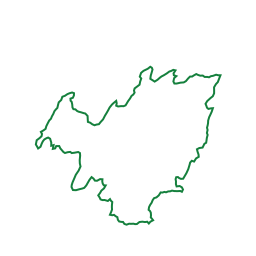 Arataca, Bahia, Brazil, rotated 26°
{"feature_id": "56859067B63657419355760", "entity_name": "Arataca", "entity_type": "district", "adm_level": 2, "iso_a3": "BRA", "parent_name": "Brazil", "parent_adm1": "Bahia", "projection": "equal_earth", "projection_center": [-39.425, -15.232], "detail": "fine", "context": "isolated", "style": "outline", "palette": "green", "viewbox_px": 256, "rotation_deg": 26, "n_neighbors": 0, "source": "geoboundaries", "source_scale": "gbopen_adm2", "svg_char_len": 3560}
<svg xmlns="http://www.w3.org/2000/svg" viewBox="0 0 256 256"><g transform="rotate(26 128 128)"><path d="M191.0,199.9L189.2,199.0L187.7,198.4L186.9,196.3L185.6,194.1L184.2,193.0L182.4,192.5L181.6,189.9L181.6,187.5L182.0,184.8L181.8,182.0L182.2,179.6L184.0,177.9L185.2,175.1L185.6,171.6L187.3,170.9L188.7,169.5L190.4,169.1L191.9,167.4L193.7,166.4L195.0,165.0L197.2,164.4L200.1,163.1L202.6,161.7L204.4,161.7L204.4,159.2L202.4,157.7L199.9,157.5L197.3,159.2L195.7,157.5L194.5,154.9L193.2,153.1L192.9,151.1L194.4,150.2L195.9,150.6L197.9,150.5L199.8,149.4L200.3,143.0L200.2,138.5L199.5,134.2L199.0,131.8L199.7,129.5L202.1,129.2L202.5,125.5L204.2,122.9L203.0,120.9L200.9,118.8L199.3,116.9L200.9,114.7L203.6,112.9L203.6,108.7L204.7,107.0L204.0,104.7L203.2,102.3L202.6,99.3L201.1,97.9L200.4,94.9L198.9,93.1L198.4,90.6L197.8,88.5L196.8,86.2L196.2,82.6L196.2,80.5L196.1,76.7L195.6,73.0L193.9,74.0L191.9,75.6L190.1,75.1L188.6,73.6L187.1,72.3L187.4,69.1L189.0,65.0L190.3,62.3L190.2,59.1L188.8,56.2L187.5,53.7L187.8,50.0L188.6,47.4L188.3,44.1L188.0,40.1L186.1,41.0L183.8,41.5L181.6,43.8L179.8,45.1L178.6,46.9L177.0,47.3L174.5,48.5L172.2,48.1L170.0,49.3L167.7,49.6L165.7,49.6L164.1,51.9L163.1,53.6L161.2,54.6L160.3,57.2L159.5,60.5L158.1,62.6L155.2,64.3L153.5,65.7L152.1,66.8L150.2,67.7L148.4,66.3L147.6,62.9L148.7,60.2L146.1,60.5L145.0,58.9L145.4,55.4L143.2,55.9L141.8,57.8L140.4,59.1L138.9,62.0L137.0,65.0L135.5,67.0L134.6,68.8L133.4,71.7L131.6,74.6L129.3,74.3L126.5,74.0L125.5,71.0L125.0,68.0L124.4,64.7L123.0,63.4L121.2,63.2L119.8,66.1L116.9,69.8L115.6,72.7L116.1,76.7L118.2,77.7L118.6,81.0L119.4,84.0L118.0,86.8L116.6,89.5L117.0,91.8L118.4,93.3L118.1,95.6L117.1,97.6L116.9,100.6L116.3,103.9L116.1,106.5L115.9,108.7L114.5,110.3L112.0,111.5L109.6,113.0L107.6,113.1L107.0,110.7L105.5,108.8L104.1,111.9L103.3,114.0L102.5,117.6L102.4,120.7L102.2,123.8L101.9,126.9L101.8,131.2L100.7,134.9L100.2,137.3L98.2,138.7L96.7,140.2L94.2,140.3L91.7,139.8L89.3,140.1L88.1,138.0L86.4,134.9L83.3,133.7L81.5,134.1L78.8,134.5L76.4,135.0L74.7,135.0L72.6,134.3L70.7,135.0L69.1,133.9L67.5,131.2L65.9,129.2L64.4,128.6L63.4,126.8L65.2,125.0L65.1,122.4L64.2,120.4L62.2,120.6L60.3,122.3L58.7,124.1L57.2,126.7L55.3,128.7L55.7,132.1L54.5,135.3L55.1,138.4L55.7,140.9L55.0,143.0L54.5,145.2L54.7,148.2L54.5,150.9L54.7,153.4L53.9,155.8L53.8,159.2L53.8,162.3L54.3,164.9L53.0,167.3L51.4,169.7L53.3,171.0L53.9,173.3L52.9,175.9L51.3,179.0L52.4,183.2L54.4,184.5L56.2,185.8L57.6,183.2L57.3,179.8L57.3,177.3L57.8,175.0L59.2,172.9L60.4,171.6L62.7,171.8L65.4,174.7L66.8,177.6L68.6,176.0L69.6,179.7L71.5,178.2L71.4,175.7L74.1,174.4L76.1,176.0L78.9,177.2L80.5,177.9L82.3,178.1L84.4,176.2L86.6,174.8L88.4,175.2L90.7,173.7L93.8,171.4L95.8,171.6L97.1,173.8L98.7,178.1L100.2,180.9L102.2,183.4L102.3,187.9L101.6,192.9L101.8,196.8L102.0,201.1L102.4,203.8L103.1,205.8L105.7,207.9L108.5,206.7L111.2,204.3L113.5,202.4L114.9,201.0L115.7,197.9L115.9,194.6L116.1,191.5L116.8,188.1L119.2,188.6L121.3,189.8L123.3,189.0L125.3,186.2L127.5,185.3L128.3,187.3L129.6,189.0L131.3,190.1L133.1,189.4L132.9,192.8L131.5,196.0L131.4,198.4L130.8,201.6L133.0,202.9L134.6,204.2L136.6,204.0L138.5,203.0L140.1,202.7L141.9,202.4L143.0,199.8L144.4,200.8L146.3,201.4L147.3,204.2L148.2,206.2L149.4,208.3L149.7,211.2L149.8,213.9L152.1,213.3L153.5,212.2L155.5,212.7L157.5,212.8L159.1,214.9L161.0,215.9L163.2,215.3L164.7,214.6L166.8,215.8L169.1,215.5L170.9,213.6L173.3,212.5L174.9,211.6L176.5,211.3L178.1,210.4L179.5,207.5L182.0,205.9L184.5,205.1L186.4,203.8L188.6,204.7L189.2,202.4L191.0,199.9Z" fill="none" stroke="#15803d" stroke-width="2"/></g></svg>